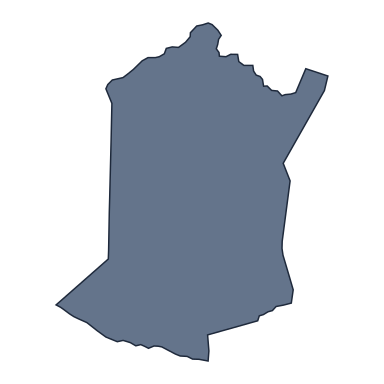 the district of São Fernando, Rio Grande do Norte, Brazil
{"feature_id": "56859067B56455685528650", "entity_name": "São Fernando", "entity_type": "district", "adm_level": 2, "iso_a3": "BRA", "parent_name": "Brazil", "parent_adm1": "Rio Grande do Norte", "projection": "albers", "projection_center": [-37.147, -6.315], "detail": "fine", "context": "isolated", "style": "filled", "palette": "slate", "viewbox_px": 384, "rotation_deg": 0, "n_neighbors": 0, "source": "geoboundaries", "source_scale": "gbopen_adm2", "svg_char_len": 1261}
<svg xmlns="http://www.w3.org/2000/svg" viewBox="0 0 384 384"><path d="M327.9,76.0L305.8,68.7L295.7,92.6L290.8,94.1L285.3,94.6L281.9,95.8L277.5,91.0L271.6,90.4L267.2,86.0L263.6,86.2L262.5,79.4L260.1,76.5L256.2,75.1L253.6,71.1L252.8,65.4L243.9,65.4L238.8,61.6L237.6,54.4L230.7,54.3L226.0,56.7L219.4,56.2L219.0,52.5L216.3,48.8L217.7,44.5L218.6,39.3L221.2,35.4L217.8,30.2L212.1,24.6L208.2,23.0L202.6,24.8L196.7,26.0L190.4,32.7L190.2,36.7L185.5,42.3L178.5,47.4L172.2,46.9L166.3,48.4L164.3,53.8L159.3,56.7L155.4,57.6L148.0,57.6L142.2,60.8L133.3,69.5L127.1,74.5L123.0,77.6L112.3,80.0L107.8,84.5L105.9,88.8L111.9,103.4L111.1,140.5L109.7,197.2L109.3,211.9L108.6,250.6L108.3,259.0L56.1,304.9L60.6,307.3L63.7,309.5L69.6,313.9L73.8,316.6L78.4,318.8L86.9,322.6L97.3,330.8L106.0,337.1L117.3,341.7L123.1,340.4L130.3,342.6L135.8,345.8L140.8,344.6L144.8,346.4L148.5,348.3L154.0,346.0L158.2,346.2L161.8,346.9L175.3,354.0L180.2,356.0L187.2,356.4L192.6,359.1L199.0,359.3L208.1,361.0L208.9,351.0L207.6,334.9L257.7,320.8L259.3,315.8L263.4,314.6L268.0,311.8L272.4,310.6L276.1,306.5L283.5,305.1L291.3,303.1L293.2,289.8L289.9,278.5L283.0,255.2L282.0,248.4L282.2,241.3L290.1,180.9L283.2,163.3L321.1,96.4L324.4,90.6L327.9,76.0Z" fill="#64748b" stroke="#1e293b" stroke-width="1.5"/></svg>